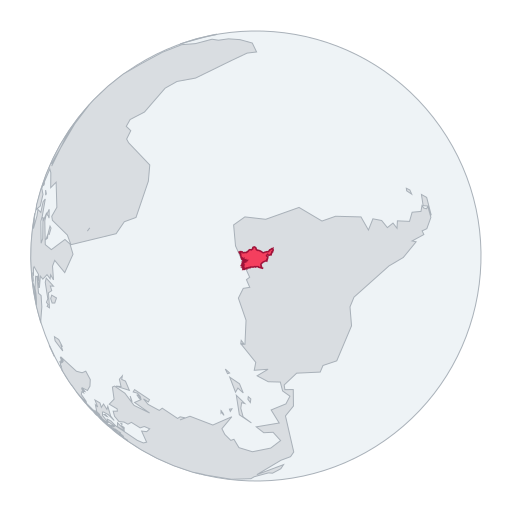 globe centered on Maranhão, rotated 235°
{"feature_id": "BRA-593", "entity_name": "Maranhão", "entity_type": "State", "adm_level": 1, "iso_a3": "BRA", "parent_name": "Brazil", "parent_adm1": "", "projection": "orthographic", "projection_center": [-45.076, -5.686], "detail": "fine", "context": "on_globe", "style": "filled", "palette": "rose", "viewbox_px": 512, "rotation_deg": 235, "n_neighbors": 0, "source": "natural_earth", "source_scale": "10m", "svg_char_len": 12503}
<svg xmlns="http://www.w3.org/2000/svg" viewBox="0 0 512 512"><g transform="rotate(235 256 256)"><circle cx="256" cy="256" r="225" fill="#eef3f6" stroke="#a8b0b8"/><path d="M179.9,44.0L178.3,45.3L182.9,43.5L184.7,44.0L190.6,42.4L188.4,43.8L195.1,41.4L196.0,40.5L199.3,39.3L202.9,38.5L200.7,39.9L198.5,40.5L199.8,40.5L197.1,41.7L200.4,40.7L197.3,42.9L205.7,39.7L207.7,40.6L204.1,42.5L197.6,43.6L173.1,53.0L167.5,56.5L166.2,59.6L178.2,61.9L174.8,65.7L175.4,69.8L180.4,66.7L181.7,62.5L191.2,58.5L191.7,54.6L195.6,52.7L199.0,48.8L205.8,48.2L210.8,50.0L208.4,53.4L210.4,54.6L218.8,50.8L220.1,57.6L231.0,63.2L230.6,65.5L218.8,69.9L203.6,70.4L188.4,78.8L205.7,72.5L204.3,79.5L207.2,80.6L211.6,80.2L215.1,77.4L216.2,79.9L199.4,86.4L198.2,84.1L203.5,81.9L196.3,82.5L185.0,88.2L185.1,91.9L167.9,98.6L167.8,101.6L164.0,105.2L165.3,99.7L162.6,110.0L142.3,123.7L138.2,144.0L134.1,129.0L127.7,128.1L119.4,129.6L118.5,132.8L108.8,132.1L97.7,140.8L90.2,157.9L90.7,170.3L101.8,168.9L106.8,161.0L115.9,158.2L105.9,179.2L121.2,180.1L117.7,195.7L121.7,203.4L130.2,200.4L138.8,203.6L146.0,193.9L157.2,188.2L156.3,200.9L163.4,189.0L169.0,194.8L192.0,193.3L190.0,196.3L209.1,211.0L231.6,217.4L236.8,227.0L233.9,232.9L242.1,234.6L242.2,238.6L276.0,245.0L294.3,255.5L294.4,269.3L280.5,285.0L271.1,319.1L246.8,330.1L242.9,344.0L227.8,364.4L212.8,363.0L219.4,373.1L213.0,379.3L203.9,379.9L204.4,387.1L197.8,387.4L203.7,392.0L196.3,401.6L202.3,409.0L197.9,416.7L202.1,420.9L199.1,420.9L196.9,422.7L197.9,425.1L187.3,421.4L180.4,411.6L181.3,406.5L177.3,405.8L178.8,392.5L175.8,395.3L170.3,375.8L171.6,359.3L166.1,312.7L160.4,303.8L144.0,294.2L123.8,262.0L127.9,248.1L124.1,242.0L136.7,222.1L134.2,205.1L130.0,203.0L125.2,209.9L111.6,200.6L108.1,188.4L73.8,174.5L71.8,169.2L74.4,159.2L76.4,131.3L69.3,158.9L67.5,154.3L68.6,145.0L71.2,141.8L76.2,128.0L76.5,124.1L87.2,107.8L108.3,86.2L106.3,88.5L111.6,83.7L114.4,80.9L115.0,80.3L116.7,79.0L131.4,68.3L146.9,58.9L163.1,50.8L179.9,44.0ZM135.5,151.3L153.2,160.0L141.6,162.2L144.1,160.1L140.0,156.2L131.7,153.2L121.9,156.5L135.5,151.3ZM147.0,138.9L143.8,138.4L147.2,138.0L147.0,138.9ZM114.4,80.7L114.0,81.2L109.8,85.1L109.7,84.9L114.1,81.1L114.4,80.7ZM194.9,49.5L196.9,49.2L195.2,50.0L194.9,49.5ZM194.5,48.3L191.2,49.6L190.5,49.2L192.6,48.4L194.5,48.3ZM198.8,46.9L189.8,48.5L188.6,47.9L195.5,44.7L198.8,46.9ZM194.8,40.6L193.9,41.5L191.3,41.6L194.8,40.6ZM193.6,39.5L195.2,39.1L196.2,38.9L192.7,40.0L198.4,38.4L192.3,41.0L179.4,44.3L182.5,43.1L186.1,42.0L187.1,41.5L193.6,39.5ZM200.4,38.9L197.6,39.4L200.0,38.3L206.1,37.0L203.4,37.7L200.4,38.9ZM204.7,37.6L209.2,36.4L211.4,36.3L203.4,38.3L204.7,37.6ZM198.0,38.6L199.4,38.1L200.7,37.9L198.0,38.6ZM221.6,36.2L218.1,36.4L219.0,35.8L221.6,36.2ZM210.8,36.0L210.0,36.1L210.0,35.9L213.4,35.3L210.8,36.0ZM201.0,37.5L203.0,37.0L202.6,37.1L205.7,36.4L205.2,36.5L207.9,35.9L209.5,35.6L206.8,36.2L200.8,37.6L201.0,37.5ZM216.7,34.4L217.0,34.9L223.3,34.3L222.6,34.8L212.7,35.7L216.7,34.4ZM211.1,35.3L214.4,34.8L211.9,35.4L208.1,36.2L211.1,35.3ZM219.1,34.0L218.9,33.9L219.8,33.9L219.1,34.0ZM221.0,33.5L218.5,34.0L221.0,33.5ZM219.2,33.7L217.5,34.1L216.7,34.2L218.0,33.9L218.6,33.9L219.2,33.7ZM230.8,32.1L228.8,32.6L223.1,33.4L225.8,32.8L230.8,32.1ZM206.1,429.4L188.8,422.9L198.0,425.8L201.4,421.8L211.5,426.8L206.1,429.4ZM217.4,419.0L223.0,416.8L225.3,418.0L221.8,419.9L217.4,419.0ZM417.9,99.3L413.0,94.6L408.7,90.4L417.9,99.3ZM408.2,89.9L409.4,91.3L413.2,94.8L414.1,96.2L410.6,93.2L409.1,91.4L406.1,89.4L414.4,99.5L419.2,104.1L415.1,104.7L422.6,112.8L423.6,116.1L411.2,103.8L407.9,99.7L389.7,87.3L392.7,91.4L410.1,103.8L407.3,102.6L411.6,109.5L406.1,103.3L386.2,89.9L378.6,92.0L379.1,109.0L372.5,110.5L362.4,107.1L352.1,89.8L367.9,88.6L364.4,83.5L352.6,76.4L358.4,77.0L355.5,74.3L360.6,74.1L359.3,68.1L363.2,67.8L354.5,60.6L355.3,59.7L360.3,64.0L365.8,67.3L374.5,68.1L373.8,66.8L367.4,62.4L370.6,63.6L363.3,59.3L364.3,58.8L357.0,56.1L349.3,51.9L345.4,49.5L341.5,47.9L347.8,52.1L351.6,54.3L356.9,56.8L365.8,63.9L364.6,64.8L350.2,56.5L346.9,57.3L337.2,51.4L326.0,42.2L325.6,41.7L340.7,47.2L355.3,53.8L369.5,61.4L383.1,70.0L396.0,79.5L408.2,89.9ZM475.7,206.2L475.8,206.4L471.5,190.5L451.6,147.0L449.4,142.7L449.1,142.2L448.5,141.3L451.9,148.2L446.8,140.2L462.8,169.1L467.7,181.7L475.9,207.3L476.4,209.6L477.1,212.8L480.0,232.0L481.2,251.4L479.4,272.1L476.6,296.2L471.7,316.4L464.7,328.2L458.8,344.3L454.3,349.0L449.7,358.0L442.4,367.0L432.6,375.1L422.8,373.5L427.3,365.1L430.2,348.2L436.4,308.6L444.3,291.4L445.6,277.8L437.9,247.2L440.0,231.2L436.6,224.1L430.5,225.3L426.0,217.1L421.8,216.6L391.5,221.2L379.0,210.7L356.4,179.8L359.6,167.8L354.5,154.2L371.4,110.9L381.4,113.5L402.0,109.7L405.7,111.5L410.1,120.8L431.1,134.6L429.7,127.0L441.9,135.7L445.5,137.0L434.6,119.5L428.6,116.8L420.7,108.0L420.1,102.7L423.6,105.4L434.1,118.0L443.6,131.3L452.2,145.3L459.7,159.8L466.2,174.9L471.5,190.4L475.7,206.2ZM373.1,132.1L374.4,136.0L373.1,132.1ZM192.8,193.1L195.4,195.5L191.6,195.7L192.8,193.1ZM139.2,167.3L143.3,167.2L145.2,169.0L141.9,169.8L139.2,167.3ZM175.9,165.2L181.0,166.0L175.3,167.3L175.9,165.2ZM156.2,161.1L171.8,165.0L160.8,169.2L151.1,167.0L158.2,165.4L156.2,161.1ZM143.4,145.8L145.8,146.4L144.6,148.7L143.4,145.8ZM149.5,138.7L148.4,139.0L147.6,137.4L149.5,138.7ZM205.2,79.1L206.6,78.7L210.8,78.8L208.1,80.1L205.2,79.1ZM233.4,73.4L234.5,77.8L231.9,75.2L228.4,77.3L218.6,75.2L229.8,66.6L226.5,70.6L233.4,73.4ZM208.6,70.8L213.5,72.6L207.7,71.0L208.6,70.8ZM334.4,62.0L338.9,63.4L341.1,66.2L336.1,68.5L332.9,64.2L334.4,62.0ZM344.9,64.9L332.0,57.1L334.6,56.0L335.3,57.8L338.3,57.8L340.3,60.9L355.4,68.3L358.2,71.5L347.4,72.8L349.4,70.3L344.8,68.8L344.9,64.9ZM294.5,45.0L289.0,43.2L301.8,42.8L305.5,44.6L300.7,46.5L293.5,45.5L294.5,45.0ZM212.6,41.6L209.7,42.1L210.3,41.6L213.3,40.6L212.6,41.6ZM219.9,36.3L226.2,39.1L223.1,39.7L230.4,41.5L225.2,43.9L220.7,42.5L222.2,46.2L215.9,45.9L217.9,48.4L208.2,45.1L202.6,45.5L210.8,44.0L215.7,41.6L216.2,40.7L213.4,38.8L203.9,39.4L207.3,37.7L212.2,36.4L215.0,36.0L211.9,37.1L217.9,35.8L215.5,37.1L219.9,36.3ZM267.7,31.1L263.0,31.0L274.5,31.6L272.3,31.7L273.7,31.7L274.8,32.2L278.7,33.1L276.7,33.2L279.1,33.5L279.8,34.1L282.4,34.8L279.7,35.3L282.7,36.3L279.7,36.0L285.5,37.7L280.0,36.8L280.5,37.9L285.6,38.2L264.6,42.8L260.1,46.6L259.3,50.5L249.9,49.4L244.6,45.3L242.5,40.8L248.2,37.8L242.9,38.2L244.1,37.0L247.8,37.2L242.8,36.3L244.7,35.5L242.8,33.5L234.4,33.5L233.5,33.1L237.8,32.7L233.9,32.6L241.4,31.8L240.9,31.6L247.8,31.0L256.3,31.0L255.1,30.8L260.3,30.8L267.7,31.1ZM235.3,31.7L243.6,31.1L247.7,30.9L234.0,32.2L233.4,32.5L224.8,34.0L219.1,34.3L222.1,33.8L223.7,33.4L224.8,33.4L225.1,33.1L229.2,32.5L230.5,32.3L233.7,32.0L233.0,31.9L235.3,31.7ZM405.7,108.2L407.8,108.8L410.2,108.7L412.9,113.4L405.7,108.2ZM392.3,99.0L393.6,98.5L398.6,104.4L396.4,104.1L392.3,99.0ZM390.1,93.6L393.3,98.0L390.2,95.5L390.1,93.6ZM361.0,63.6L361.9,63.2L363.6,64.3L365.1,65.8L361.0,63.6ZM299.7,35.0L301.5,35.4L298.1,34.7L297.3,34.6L289.4,33.2L289.5,33.2L299.7,35.0ZM436.0,122.0L437.5,125.0L435.8,123.1L435.7,122.4L436.0,122.0ZM426.5,118.6L430.7,121.5L427.2,119.9L426.5,118.6ZM461.7,347.9L460.1,351.3L460.2,350.4L464.7,339.6L472.3,318.4L473.3,315.4L468.1,331.9L461.7,347.9Z" fill="#d9dde1" stroke="#a8b0b8" stroke-width="1"/><path d="M251.8,238.5L252.2,238.2L252.2,238.4L252.2,238.2L252.4,237.8L252.5,238.0L252.4,238.2L252.6,238.2L252.4,238.2L252.4,238.4L252.6,238.6L252.9,237.8L252.9,238.0L252.7,238.3L252.8,238.2L252.9,238.4L252.8,238.6L253.0,238.4L253.1,238.6L253.1,238.9L253.1,238.7L253.5,238.1L253.4,238.6L253.6,238.4L253.7,238.7L253.6,239.0L253.9,239.0L253.9,238.7L254.0,238.7L254.0,238.9L254.2,238.7L254.1,239.0L254.3,238.8L254.2,239.2L254.6,238.7L254.7,239.0L254.4,239.4L254.2,239.5L254.3,239.4L254.3,239.6L254.5,239.6L254.5,239.4L254.9,238.8L255.0,238.8L255.1,239.2L254.8,239.5L254.7,239.8L254.8,239.9L254.8,239.7L255.0,239.9L254.9,240.4L255.0,240.5L255.4,240.2L255.3,239.9L255.7,239.5L255.8,239.6L255.9,239.4L256.0,239.5L255.9,239.5L256.0,239.5L256.1,239.3L256.1,239.5L256.3,239.5L256.2,239.6L256.4,239.7L256.2,239.9L256.4,239.9L256.5,239.6L256.8,239.2L256.9,239.5L256.6,239.7L256.6,239.9L256.6,240.1L256.7,239.9L256.9,240.1L257.0,240.1L256.9,240.0L256.9,239.8L257.0,240.1L257.1,239.9L257.1,240.0L257.1,240.4L257.0,240.6L257.2,240.4L257.4,240.4L257.0,240.8L257.4,240.7L257.6,240.8L257.7,240.4L257.9,240.5L257.6,240.9L257.8,240.8L258.0,240.8L258.0,241.0L258.1,240.8L257.9,241.1L258.2,241.1L258.3,241.5L257.8,241.7L258.3,241.7L257.8,242.1L257.7,242.1L257.9,242.2L257.7,242.4L257.4,242.4L257.5,242.6L257.3,242.5L257.0,242.6L257.4,242.6L257.5,242.7L257.4,243.1L257.6,242.9L257.6,243.2L257.7,242.6L258.3,242.1L258.7,242.3L258.8,242.8L258.7,243.1L258.4,243.1L258.2,243.0L258.2,243.5L257.6,243.8L258.1,243.6L257.7,244.3L257.7,244.9L257.5,245.1L257.5,245.4L257.8,245.5L257.4,246.1L257.2,246.2L257.2,246.6L257.3,246.3L257.6,246.2L258.5,245.2L258.8,244.0L258.8,243.6L259.0,243.6L259.1,243.8L259.1,243.4L259.9,243.1L260.1,243.3L259.8,243.3L260.0,243.3L260.0,243.5L260.1,243.4L260.0,243.7L259.7,243.9L259.8,243.9L259.7,244.1L259.4,244.1L259.4,244.3L258.9,244.6L258.9,244.8L259.0,244.6L259.1,244.8L259.2,244.5L259.4,244.6L259.5,244.5L259.4,244.8L259.8,244.5L260.0,244.5L259.9,244.7L260.1,244.1L260.3,243.9L260.4,244.0L260.4,243.9L260.5,243.7L260.7,244.0L260.7,243.8L261.2,243.6L261.3,243.4L261.3,243.7L261.6,243.7L261.6,243.4L261.5,243.5L262.0,243.6L262.0,243.2L262.2,243.7L262.3,243.6L262.3,243.4L262.5,243.4L262.3,243.3L262.5,243.3L262.2,243.1L262.3,242.9L262.6,242.8L263.4,243.0L264.9,243.7L265.3,243.7L265.8,244.2L266.2,244.2L266.1,244.4L266.3,244.5L266.4,244.4L267.0,244.5L267.1,244.8L267.3,244.7L267.8,244.7L267.8,244.8L268.0,244.7L268.3,244.8L268.3,244.6L268.0,244.4L268.8,244.4L268.6,244.8L268.8,245.3L268.3,246.2L268.1,246.4L267.6,246.5L267.2,247.2L266.3,247.3L266.1,247.2L265.5,248.1L265.5,248.6L265.2,249.0L264.8,249.5L264.6,249.9L264.2,250.3L264.3,250.8L264.5,251.0L264.7,251.3L264.5,251.8L264.3,252.0L264.4,252.3L264.7,253.0L264.9,254.0L264.7,254.7L264.4,254.9L263.9,255.7L263.7,255.8L263.8,256.1L263.7,256.3L263.7,256.9L263.9,257.3L263.8,257.5L264.3,258.0L264.7,258.2L264.8,258.6L264.7,258.7L264.7,259.1L264.4,259.9L264.1,260.2L263.6,260.3L263.3,260.2L262.5,260.6L262.2,260.5L261.9,260.2L261.5,260.0L260.9,260.0L260.4,260.2L260.0,260.3L260.0,260.5L259.8,260.5L259.6,260.7L259.4,261.1L259.2,261.2L259.0,261.6L258.2,261.9L257.6,262.5L257.0,262.6L256.7,262.9L256.3,263.1L255.2,263.3L254.5,263.8L254.4,264.0L254.2,264.6L254.0,265.7L253.4,266.8L253.4,267.3L253.3,267.5L253.1,267.8L252.7,268.2L252.5,268.7L252.8,269.7L252.8,270.2L253.2,270.6L253.2,270.8L253.0,271.1L253.0,273.0L252.8,273.0L252.8,273.3L252.6,273.7L252.6,274.2L252.1,273.8L251.1,273.6L250.6,273.0L250.6,272.7L250.5,272.4L249.8,272.0L249.8,271.7L250.1,271.6L250.3,271.2L249.3,270.5L249.1,269.7L249.0,269.4L248.7,269.3L248.4,269.3L248.2,269.1L248.3,268.9L248.9,268.4L248.8,268.0L249.2,266.9L249.6,266.7L250.5,266.6L250.3,266.3L250.4,266.2L250.4,265.8L250.6,265.4L250.5,265.0L250.0,264.7L249.0,264.9L248.6,265.2L248.4,265.3L247.6,264.1L247.4,264.1L247.3,263.7L247.2,263.8L246.9,263.3L246.7,263.3L246.5,262.9L246.2,262.9L246.6,262.7L246.6,262.4L246.2,262.2L246.0,262.4L245.6,261.9L245.8,261.8L246.0,261.8L246.5,261.1L246.6,260.0L246.9,259.1L246.9,258.6L247.0,258.3L246.8,257.7L246.9,256.7L246.6,256.2L246.6,255.6L246.5,255.4L246.4,255.2L245.6,254.9L245.2,254.8L245.1,254.4L244.9,254.3L244.6,254.2L244.1,254.4L243.2,254.0L242.6,254.1L242.2,254.6L241.9,254.6L241.7,254.7L245.3,251.7L245.9,251.8L246.2,251.5L246.7,250.7L247.0,250.4L247.2,249.6L247.3,249.7L248.1,248.9L248.3,247.7L248.6,247.5L248.7,247.0L248.9,246.8L249.1,246.7L249.4,246.2L249.5,246.1L249.9,245.4L249.8,245.0L250.1,244.9L249.8,244.4L250.0,244.1L250.3,244.0L250.4,243.7L250.7,243.6L250.7,243.1L250.8,242.9L250.6,243.0L250.7,242.8L250.7,242.5L250.9,242.5L251.3,242.1L251.5,241.2L251.5,240.8L251.5,240.7L251.2,240.7L251.5,240.4L251.7,239.8L251.6,239.5L251.9,239.0L251.7,238.8L251.8,238.5ZM258.3,244.3L258.2,244.8L258.3,244.6L258.3,245.2L257.9,245.7L258.0,245.1L258.0,244.7L258.1,244.4L258.3,244.3ZM261.7,242.5L261.8,242.6L261.7,243.1L261.3,243.2L261.3,242.7L261.7,242.5ZM256.7,238.7L256.7,238.9L256.4,239.1L256.2,239.1L256.2,238.9L256.3,238.8L256.3,239.0L256.4,238.6L256.7,238.7ZM267.9,244.3L268.0,244.5L267.7,244.5L267.7,244.3L267.3,244.2L267.9,244.3ZM260.9,243.5L260.8,243.2L261.0,243.3L261.1,243.2L261.2,243.3L261.1,243.5L260.9,243.5ZM267.1,244.3L267.5,244.4L267.7,244.6L267.1,244.4L267.1,244.3ZM261.8,243.0L262.0,243.0L261.9,243.2L261.8,243.0Z" fill="#f43f5e" stroke="#9f1239" stroke-width="1.5"/></g></svg>